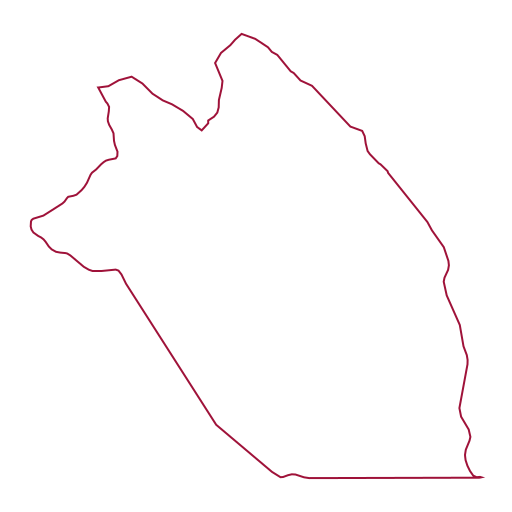 outline of Karonga
{"feature_id": "MWI-1194", "entity_name": "Karonga", "entity_type": "District", "adm_level": 1, "iso_a3": "MWI", "parent_name": "Malawi", "parent_adm1": "", "projection": "albers", "projection_center": [33.981, -10.031], "detail": "fine", "context": "isolated", "style": "outline", "palette": "rose", "viewbox_px": 512, "rotation_deg": 0, "n_neighbors": 0, "source": "natural_earth", "source_scale": "10m", "svg_char_len": 1760}
<svg xmlns="http://www.w3.org/2000/svg" viewBox="0 0 512 512"><path d="M241.6,33.9L255.3,38.9L267.6,47.0L268.1,47.4L271.8,51.9L277.3,54.9L290.7,71.3L293.7,73.0L300.5,80.5L312.0,85.8L350.4,126.6L362.2,130.9L364.7,136.2L365.7,143.4L367.6,151.0L369.9,154.2L378.7,163.3L380.5,164.3L387.6,171.2L388.1,172.9L427.4,222.0L431.9,230.3L443.8,247.2L448.4,260.9L448.9,265.3L448.1,269.9L444.5,277.7L443.7,281.7L446.7,295.4L459.8,325.0L463.5,346.3L466.8,355.1L467.6,360.0L467.5,364.3L459.4,408.1L461.1,416.7L468.7,429.5L470.4,436.9L469.5,440.7L465.8,449.7L465.0,454.9L465.2,457.0L465.6,460.2L467.4,465.7L470.0,471.0L473.2,475.6L476.6,477.2L480.0,476.9L481.3,477.3L479.5,477.7L309.2,478.1L304.0,477.3L295.4,474.5L291.8,474.3L288.0,475.2L283.1,477.0L280.5,477.2L272.0,471.9L216.2,424.8L126.0,283.7L121.5,274.5L118.5,270.6L115.7,269.6L101.5,271.0L92.5,271.0L88.8,269.7L83.8,266.8L70.3,255.4L67.2,253.5L65.6,253.1L60.3,252.6L56.0,251.8L51.7,249.4L48.8,246.5L45.6,241.8L43.6,239.4L41.0,237.4L38.1,235.9L33.4,232.5L31.5,229.6L30.7,226.4L31.0,221.4L31.7,219.9L33.3,218.7L43.4,215.6L62.4,203.5L64.5,201.6L66.9,198.2L68.2,196.8L73.3,195.8L76.5,194.7L81.7,190.0L84.4,186.8L87.0,182.7L90.6,174.7L92.0,172.7L96.1,169.5L101.1,164.3L103.7,162.1L106.0,160.6L109.0,159.7L115.7,158.4L117.3,156.0L117.5,151.7L114.9,144.9L114.0,140.8L113.5,133.3L111.8,129.5L109.2,124.9L107.9,121.3L107.7,118.4L108.8,111.4L109.1,106.9L107.4,103.5L105.8,101.7L98.2,87.5L98.4,87.5L108.4,86.2L118.9,80.2L131.6,76.7L142.4,83.5L152.5,93.7L162.8,100.4L172.0,104.3L183.2,111.0L192.8,119.0L197.1,127.0L201.7,130.4L208.2,123.3L208.2,120.5L214.0,116.7L217.3,112.6L218.7,107.4L218.9,100.0L221.7,87.9L222.5,80.9L215.1,63.0L221.0,52.9L230.3,45.2L235.1,39.7L241.6,33.9Z" fill="none" stroke="#9f1239" stroke-width="2"/></svg>